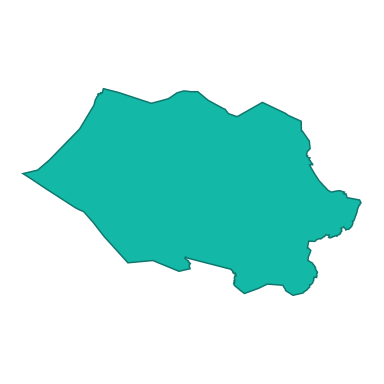 Gausdal nor, Oppland, Norway
{"feature_id": "86288312B33934459205841", "entity_name": "Gausdal nor", "entity_type": "district", "adm_level": 2, "iso_a3": "NOR", "parent_name": "Norway", "parent_adm1": "Oppland", "projection": "mercator", "projection_center": [10.036, 61.264], "detail": "fine", "context": "isolated", "style": "filled", "palette": "teal", "viewbox_px": 384, "rotation_deg": 0, "n_neighbors": 0, "source": "geoboundaries", "source_scale": "gbopen_adm2", "svg_char_len": 5691}
<svg xmlns="http://www.w3.org/2000/svg" viewBox="0 0 384 384"><path d="M225.1,109.3L223.2,108.5L208.1,100.3L197.8,91.7L190.5,91.7L188.2,91.3L183.8,90.9L176.9,92.9L171.6,96.6L168.4,98.7L162.0,100.5L151.3,103.3L118.6,92.5L105.5,89.2L105.2,89.0L103.4,88.7L102.3,92.6L102.2,92.9L102.0,93.2L101.8,92.9L101.7,92.9L100.7,92.7L100.6,93.0L100.6,93.5L100.1,93.6L99.9,93.8L99.5,93.6L98.8,93.6L97.8,94.3L98.5,95.2L97.7,96.0L97.2,96.4L96.6,97.4L96.3,98.3L95.9,99.0L95.4,99.5L95.4,99.9L93.9,105.3L79.6,129.0L64.1,144.9L49.2,160.2L37.6,170.1L23.0,173.6L32.3,179.6L43.6,187.2L75.3,207.7L80.2,210.2L83.3,211.4L84.3,212.3L93.1,222.3L104.3,236.7L127.9,262.8L152.8,260.5L179.0,271.3L189.8,268.8L189.7,268.7L189.7,268.3L189.8,268.2L189.7,268.1L189.8,268.0L189.5,267.8L189.5,267.6L189.5,267.4L189.5,267.2L189.4,266.9L189.5,266.6L189.4,266.2L189.5,265.8L189.4,265.1L189.3,264.9L189.2,264.8L189.3,264.3L189.7,264.2L189.9,263.9L190.3,263.8L190.4,263.7L190.1,263.2L189.8,263.0L188.7,262.1L188.6,261.8L188.7,261.6L188.7,261.3L188.6,261.2L188.3,261.3L188.3,261.1L188.3,260.8L187.6,260.3L187.1,260.1L186.8,259.8L186.2,259.4L185.9,259.1L185.3,258.7L184.9,258.2L185.0,257.9L184.9,257.7L185.4,257.1L185.7,257.0L186.5,257.6L186.9,257.8L187.2,258.0L231.2,269.3L231.3,269.8L231.2,269.8L231.8,270.3L232.1,270.3L232.1,270.6L232.3,270.7L232.5,271.0L233.2,271.5L233.4,271.8L233.6,272.2L233.5,272.5L233.2,272.5L233.1,272.0L233.0,271.9L232.9,272.0L233.0,272.2L232.9,272.5L233.0,272.7L233.3,273.0L233.5,273.1L233.7,273.3L233.8,273.3L234.0,273.5L234.5,273.4L234.8,273.1L235.4,273.1L235.6,273.3L235.7,273.6L235.7,274.0L235.6,273.9L235.5,273.6L235.4,273.4L235.2,273.4L235.1,273.5L235.4,274.0L235.7,274.2L235.9,275.2L236.0,275.4L236.1,276.0L235.9,276.3L235.4,276.1L235.6,275.6L235.5,274.8L235.4,274.5L235.2,274.6L235.1,275.5L235.0,276.1L235.1,276.4L234.8,276.6L234.6,276.9L234.5,277.4L234.3,277.8L234.3,278.1L234.5,278.4L234.6,278.9L234.6,279.6L234.1,280.5L234.1,281.0L234.3,281.3L234.6,280.8L234.8,280.7L234.8,280.8L234.8,281.0L234.7,281.3L234.7,281.6L234.5,281.8L234.5,282.0L234.5,282.4L234.5,282.5L234.5,283.2L234.4,283.2L234.2,282.9L234.3,282.8L234.3,282.4L234.3,282.2L234.1,282.1L233.9,282.4L233.9,282.6L233.8,283.1L234.1,283.0L233.9,283.2L233.8,283.5L233.9,284.0L234.4,285.3L234.5,285.5L240.5,290.5L244.4,293.5L258.6,288.3L267.3,284.1L282.7,285.2L284.9,288.7L285.9,290.8L293.0,295.3L303.0,293.0L303.2,292.7L303.8,292.1L304.4,291.7L305.6,290.7L306.9,290.0L307.9,288.6L308.7,288.0L309.2,287.3L309.6,287.2L309.5,286.4L309.7,285.7L309.8,285.3L309.7,284.8L310.6,284.9L311.0,284.6L311.6,283.8L312.0,283.6L312.2,283.4L312.4,283.3L312.6,282.9L312.8,282.5L312.8,282.2L313.1,281.2L313.6,280.7L313.7,279.9L313.6,279.5L313.8,279.1L313.7,278.8L313.9,277.5L315.0,277.5L315.3,276.8L315.9,276.9L316.2,277.3L316.5,277.4L316.5,276.9L316.8,276.5L316.8,275.8L316.9,275.7L316.9,275.3L316.8,275.1L316.7,274.8L316.7,274.7L316.7,273.8L316.8,273.6L317.0,273.4L317.1,273.2L317.2,272.9L317.5,272.1L317.4,272.0L317.0,271.9L315.7,269.1L315.4,268.5L315.3,268.4L315.2,268.1L315.2,267.8L315.2,267.7L315.2,267.4L315.4,267.2L315.1,266.9L314.5,266.2L314.4,265.8L314.0,265.3L313.9,265.2L313.6,264.8L313.5,264.7L313.3,264.6L312.9,264.1L312.9,263.8L312.6,263.3L312.0,262.8L309.9,261.7L309.1,261.0L307.8,260.5L308.2,258.4L308.4,256.6L309.4,254.5L309.9,253.2L310.8,250.3L310.4,249.9L309.7,249.5L309.5,249.3L309.1,248.9L308.9,248.4L308.5,248.3L308.3,248.0L308.1,248.0L307.4,248.0L307.8,245.9L308.6,241.9L308.7,241.2L314.9,241.4L316.4,239.9L318.3,238.9L319.2,238.7L319.7,238.8L320.1,239.0L321.3,238.6L321.8,238.3L322.4,237.7L323.4,236.9L323.8,236.5L324.3,236.7L324.8,236.1L325.2,235.7L325.5,235.2L326.0,234.6L326.8,235.1L327.5,235.2L328.1,235.1L328.3,235.2L328.5,235.5L329.1,235.1L329.1,235.5L329.0,236.3L328.9,236.6L329.0,236.8L329.0,237.0L328.9,237.4L328.8,237.5L329.6,237.8L330.3,237.7L330.7,237.8L331.6,237.2L332.0,237.1L332.2,236.9L332.5,236.8L332.8,237.0L333.2,236.4L334.2,236.3L335.7,235.8L336.1,235.5L336.8,236.2L337.6,235.7L337.8,235.4L337.8,235.2L338.2,234.8L338.6,234.6L339.0,234.6L339.6,234.1L339.9,234.1L340.3,233.8L340.6,233.0L340.4,232.7L340.7,232.5L341.0,231.9L341.7,231.4L341.8,231.0L341.5,230.3L341.3,230.4L341.3,230.1L341.4,229.9L341.4,229.7L341.6,229.4L341.2,228.6L341.0,228.2L341.7,227.9L342.5,227.8L342.9,227.6L343.3,227.3L343.6,226.9L343.8,227.1L344.0,227.4L345.2,228.6L345.5,229.1L345.8,229.3L345.7,229.5L345.9,230.0L346.9,229.4L347.3,229.3L348.0,229.3L348.3,229.4L348.7,229.3L349.6,228.4L350.9,227.2L351.5,226.5L352.2,225.2L352.8,223.6L352.9,223.3L352.6,222.1L352.6,221.8L352.5,221.3L353.0,221.4L353.5,221.2L354.0,220.4L354.4,219.2L354.7,218.7L355.1,217.2L356.5,213.6L356.9,212.3L357.1,211.8L357.1,211.6L357.1,211.4L357.2,210.9L357.3,210.0L357.5,209.6L357.7,208.7L358.2,207.6L358.5,206.7L358.7,206.3L358.8,205.7L359.5,205.3L359.9,204.7L359.9,204.4L360.2,203.5L360.4,203.2L361.0,202.9L359.6,200.0L349.1,198.0L347.2,197.8L346.2,194.8L346.1,194.2L346.0,193.9L345.7,194.0L345.2,194.1L344.8,193.9L344.5,193.6L344.1,193.8L343.6,193.5L343.5,193.3L343.7,193.1L344.2,193.1L343.9,192.7L344.3,192.6L344.5,192.2L339.8,190.7L336.6,191.0L331.3,192.1L328.0,190.3L323.1,185.1L319.0,180.6L314.7,174.0L310.3,166.4L309.1,164.4L309.3,164.6L309.7,164.8L310.8,164.7L312.6,164.8L312.7,164.3L312.5,164.2L312.2,164.0L312.2,163.4L311.7,163.1L311.4,162.7L311.3,162.8L311.0,162.1L310.8,161.8L310.3,160.7L309.3,160.1L309.4,159.3L309.2,159.1L309.3,158.4L309.8,158.0L309.1,157.8L307.9,157.3L307.5,156.9L307.5,156.1L307.0,156.3L306.7,155.7L307.1,155.5L306.6,154.7L306.8,153.3L307.2,151.7L310.1,148.7L309.3,141.1L302.2,130.9L301.4,130.9L301.2,121.3L287.8,115.2L285.9,113.6L262.4,102.4L237.1,116.7L228.4,113.6L225.1,109.3Z" fill="#14b8a6" stroke="#0f766e" stroke-width="1.5"/></svg>